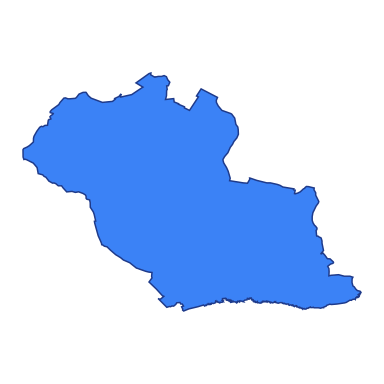 Husasau De Tinca, Bihor, Romania
{"feature_id": "2599482B81201825015639", "entity_name": "Husasau De Tinca", "entity_type": "district", "adm_level": 2, "iso_a3": "ROU", "parent_name": "Romania", "parent_adm1": "Bihor", "projection": "robinson", "projection_center": [21.937, 46.86], "detail": "fine", "context": "isolated", "style": "filled", "palette": "blue", "viewbox_px": 384, "rotation_deg": 0, "n_neighbors": 0, "source": "geoboundaries", "source_scale": "gbopen_adm2", "svg_char_len": 5988}
<svg xmlns="http://www.w3.org/2000/svg" viewBox="0 0 384 384"><path d="M360.9,292.3L360.3,292.2L360.4,291.5L360.0,291.2L357.4,290.6L355.7,289.0L354.3,286.9L352.9,285.9L352.0,282.4L352.1,278.8L352.9,277.2L349.9,276.2L344.3,276.2L338.6,274.7L331.1,275.3L328.9,275.8L329.1,271.6L328.9,268.6L327.7,266.3L330.5,264.1L332.8,263.4L333.5,262.7L333.3,261.9L330.1,258.9L327.4,258.7L324.8,255.1L323.0,253.1L320.6,254.1L323.5,250.5L322.0,243.1L322.0,241.0L321.2,238.2L320.7,237.6L319.7,237.4L317.9,236.1L316.8,236.1L316.6,235.8L316.1,230.4L316.8,229.7L317.0,228.1L315.6,226.2L314.5,225.3L313.0,222.8L312.2,220.3L312.2,216.6L312.9,212.7L316.1,206.1L318.4,202.9L318.8,201.5L315.7,195.2L315.7,192.8L314.0,189.8L314.2,188.0L308.4,186.6L306.4,186.5L305.0,187.6L304.7,188.3L303.4,188.9L300.3,191.8L297.7,193.1L295.2,193.8L294.5,193.6L295.2,190.2L293.6,189.8L293.4,189.2L293.7,188.8L282.8,187.0L280.1,185.4L277.2,184.4L270.5,182.9L266.9,182.9L256.8,180.4L249.8,178.0L249.6,178.0L249.8,179.2L247.5,183.2L243.4,182.9L229.6,180.7L230.2,178.2L228.2,171.3L226.6,167.7L223.7,162.9L223.0,160.2L223.0,159.4L224.6,156.6L227.9,152.7L230.3,147.3L232.5,144.4L233.9,141.5L236.8,138.0L238.4,134.3L238.2,129.6L237.8,127.0L235.9,124.4L234.7,118.1L231.7,114.1L230.7,113.5L221.9,110.4L218.2,105.9L216.4,102.4L216.3,100.3L217.5,97.4L201.1,88.9L196.5,96.0L198.4,96.9L189.5,110.4L184.4,107.9L184.5,106.8L178.4,104.2L178.6,103.7L174.2,102.0L173.7,98.6L165.5,99.5L166.5,95.7L166.6,90.6L167.2,89.5L166.7,85.9L168.4,85.7L169.8,82.2L167.7,79.7L166.4,76.7L164.1,75.6L161.6,76.4L158.3,76.4L155.1,77.1L155.0,76.8L154.2,76.9L150.7,74.8L150.9,73.0L149.0,73.6L136.0,82.9L142.9,87.1L131.7,94.6L120.6,97.1L120.4,97.0L120.3,96.4L121.2,94.6L120.7,94.3L118.9,96.5L114.7,98.5L115.2,99.2L112.5,101.4L102.4,102.4L91.2,98.2L88.3,95.7L86.1,92.4L85.7,92.3L83.0,92.4L79.0,94.1L76.9,96.9L75.5,98.3L69.7,98.8L67.9,98.8L65.5,97.9L63.9,98.1L60.0,102.5L58.8,104.6L51.7,109.8L50.2,111.6L50.2,112.6L53.2,113.5L52.8,114.3L50.7,115.8L49.9,116.9L50.8,118.3L50.8,119.1L48.9,119.5L48.7,120.0L48.3,120.2L47.5,125.3L44.9,125.4L42.9,126.7L41.4,126.3L39.7,127.3L36.8,131.3L34.0,136.3L33.5,138.3L33.4,142.0L29.4,145.6L27.2,147.0L23.7,148.6L23.0,149.7L23.1,157.1L23.9,159.5L24.9,159.2L26.4,159.6L33.3,163.1L37.1,167.6L38.2,173.6L42.7,174.8L44.1,176.4L45.9,177.2L48.9,181.1L52.5,183.1L54.1,183.0L55.7,183.6L58.3,185.8L61.6,185.8L63.0,187.8L66.7,191.9L72.0,191.4L75.4,192.4L78.6,191.8L83.1,193.5L85.5,195.0L86.1,196.4L86.1,198.3L86.8,199.2L89.6,199.9L90.2,202.6L90.3,207.3L93.3,211.9L94.2,214.5L95.7,221.1L94.4,221.3L94.7,223.1L98.2,235.8L100.8,241.6L101.6,243.7L101.7,244.7L102.6,244.9L104.4,246.2L107.0,246.8L110.5,250.2L115.7,254.7L120.5,257.6L123.4,260.0L129.7,262.7L136.3,268.0L145.7,271.3L148.4,272.0L152.0,272.5L151.6,276.3L152.0,277.9L149.0,282.0L156.4,289.1L162.4,295.7L163.8,296.3L161.0,298.8L159.6,299.2L158.1,298.5L166.8,307.3L169.4,306.5L170.6,306.7L171.9,306.0L173.7,306.1L175.8,304.4L176.7,302.8L180.0,302.5L180.7,304.0L182.2,304.0L183.5,306.0L181.6,306.8L182.7,309.0L182.6,310.1L183.7,311.0L188.8,308.9L198.0,306.7L203.6,305.0L204.6,306.0L205.6,305.2L206.0,305.6L206.6,305.3L207.0,304.4L207.9,304.3L208.2,303.7L208.6,304.1L208.5,304.5L210.3,304.5L210.5,304.4L210.3,303.8L211.2,304.0L211.1,303.4L211.6,303.2L213.5,303.5L215.5,302.7L215.6,301.0L215.9,300.8L216.3,301.9L217.2,301.3L217.7,301.6L217.8,302.2L219.1,302.5L219.5,302.9L219.9,302.9L220.1,302.2L222.1,302.3L222.7,301.8L223.4,301.8L222.6,300.8L223.1,300.4L222.1,300.2L222.6,299.6L222.5,298.6L225.3,298.3L225.2,298.7L226.2,298.7L226.2,300.0L227.0,300.3L227.3,300.0L227.1,299.7L227.5,299.6L227.5,300.3L228.8,300.5L229.1,299.7L229.4,299.9L229.1,300.1L229.3,300.5L229.7,300.5L229.5,301.0L230.2,300.8L229.9,301.2L230.6,302.4L232.0,302.1L231.7,301.6L232.2,301.5L231.9,300.9L232.5,301.3L233.1,301.1L233.2,301.3L232.8,301.6L233.1,301.9L235.1,301.8L236.5,302.8L236.6,302.2L237.4,302.4L237.6,302.0L237.3,301.6L237.9,301.1L238.5,301.5L239.3,301.1L239.2,301.7L239.6,302.0L239.9,301.2L240.3,301.0L242.1,301.2L242.3,301.5L243.3,301.7L243.0,301.4L243.6,301.2L244.6,300.2L247.0,299.8L247.1,299.0L247.8,298.9L248.4,299.2L248.7,299.0L248.4,298.6L248.8,298.7L249.3,298.3L249.7,298.9L250.7,297.6L250.5,298.0L251.1,298.0L251.0,298.3L251.5,299.0L252.2,299.3L252.0,299.5L252.3,299.6L252.2,300.0L253.1,299.8L253.2,301.1L254.2,301.1L254.0,301.6L254.7,301.5L254.6,301.8L255.1,302.2L255.7,301.9L255.9,302.4L256.5,302.2L256.2,302.6L256.8,302.3L257.3,302.6L257.4,302.1L257.6,302.5L259.4,303.0L260.9,303.1L261.7,302.7L261.5,302.3L262.1,302.2L262.4,301.5L262.9,302.0L263.4,301.9L263.5,301.5L264.0,301.7L264.1,301.3L264.7,301.6L265.1,301.4L265.3,301.7L265.9,301.5L266.2,301.9L266.8,301.1L267.5,301.8L267.6,301.3L269.1,301.6L269.1,301.9L269.7,302.1L270.3,302.9L270.7,302.5L270.6,302.1L271.0,302.1L271.3,302.6L272.9,302.9L273.3,302.4L274.5,302.3L274.8,302.1L274.8,301.6L275.0,301.6L275.2,302.0L275.6,301.8L275.6,302.5L278.2,303.2L280.3,302.6L282.0,302.6L282.1,303.0L283.1,303.5L284.0,303.2L284.5,303.4L284.4,303.7L285.2,303.7L286.2,304.3L286.6,304.0L288.5,304.0L288.5,304.8L289.4,305.3L290.8,304.8L291.8,305.5L292.3,304.9L292.9,304.9L293.2,305.3L293.0,305.6L293.2,306.0L293.7,305.8L294.3,306.6L294.9,306.1L295.9,306.1L295.7,305.8L295.9,305.6L296.6,305.7L296.7,306.8L297.4,306.7L298.2,307.4L299.6,307.2L299.6,307.8L300.1,307.6L301.2,308.3L301.6,308.1L302.6,309.1L302.7,308.7L302.9,308.9L304.0,308.5L304.3,309.0L306.0,309.1L306.7,308.3L308.1,308.3L308.6,307.7L309.2,307.7L310.3,307.0L310.6,307.5L312.2,307.6L313.4,307.3L314.0,307.8L318.4,307.8L320.7,308.2L322.3,307.6L323.6,307.7L323.6,307.3L324.4,306.8L326.0,306.3L326.8,305.3L329.8,304.2L331.4,304.5L337.2,304.0L344.6,302.9L346.3,302.4L349.9,300.2L351.4,300.3L352.4,299.5L353.3,299.3L354.9,299.1L355.3,299.5L355.8,297.7L356.6,297.7L356.9,297.3L356.8,296.9L357.4,296.8L357.9,297.5L358.6,297.0L358.2,296.5L359.2,296.4L359.4,295.7L358.8,295.5L359.6,294.5L358.6,294.3L359.6,293.6L360.3,293.7L360.3,292.8L361.0,292.6L360.9,292.3Z" fill="#3b82f6" stroke="#1e3a8a" stroke-width="1.5"/></svg>